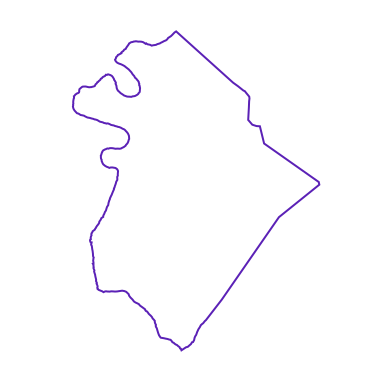 outline of Almondale, Castries, Saint Lucia, rotated 185°
{"feature_id": "8701671B18648215649765", "entity_name": "Almondale", "entity_type": "district", "adm_level": 2, "iso_a3": "LCA", "parent_name": "Saint Lucia", "parent_adm1": "Castries", "projection": "orthographic", "projection_center": [-60.96, 14.019], "detail": "fine", "context": "isolated", "style": "outline", "palette": "violet", "viewbox_px": 384, "rotation_deg": 185, "n_neighbors": 0, "source": "geoboundaries", "source_scale": "gbopen_adm2", "svg_char_len": 6055}
<svg xmlns="http://www.w3.org/2000/svg" viewBox="0 0 384 384"><g transform="rotate(185 192 192)"><path d="M167.0,65.5L153.0,87.3L103.2,174.5L65.8,210.4L66.6,213.0L124.4,246.6L130.1,263.4L133.5,263.3L137.8,264.3L142.3,268.7L142.7,281.0L143.0,287.4L142.9,290.1L143.3,292.0L147.2,296.0L148.1,297.0L149.7,297.6L152.1,299.2L155.4,301.4L160.6,304.5L221.8,350.6L223.3,349.4L224.5,347.9L225.1,347.1L226.6,345.4L228.5,343.9L229.1,343.5L230.1,341.8L231.3,340.7L232.8,340.0L234.6,338.8L236.3,337.8L237.0,337.2L239.4,336.3L240.6,335.5L242.1,335.1L243.5,334.8L244.9,334.3L246.6,335.0L249.3,335.3L250.6,336.1L251.1,335.6L253.3,336.8L254.1,337.1L255.4,337.3L257.2,337.3L258.6,337.1L261.0,337.3L262.0,337.0L262.9,336.9L264.2,336.3L265.3,336.0L265.7,335.9L267.7,334.4L267.8,333.8L270.0,330.1L270.5,328.8L271.9,327.9L272.8,326.4L273.6,325.8L274.6,324.7L274.4,324.1L275.5,323.4L276.7,322.6L277.7,322.1L278.1,321.2L279.4,319.6L279.5,318.4L279.9,317.6L280.2,317.1L279.8,316.2L278.7,315.0L277.6,314.2L276.0,313.6L275.3,313.4L274.3,313.2L272.3,312.5L271.2,312.0L270.2,311.6L269.4,311.0L265.7,308.6L264.2,307.2L263.6,306.7L262.7,305.8L261.5,304.2L260.8,303.5L259.7,302.5L258.7,300.9L257.5,300.1L256.9,299.5L256.4,298.9L255.4,298.0L254.9,297.3L254.6,296.9L254.5,296.2L253.9,295.1L254.0,294.0L253.3,293.0L253.2,292.2L252.8,291.0L252.8,289.1L252.8,287.2L253.1,286.6L253.9,285.7L254.1,285.0L254.9,284.2L256.9,282.8L258.3,282.3L259.2,282.2L260.8,281.5L262.3,281.5L264.9,281.4L266.9,281.9L268.3,282.3L268.8,282.7L269.8,283.2L270.8,283.8L271.7,284.2L272.7,285.1L274.7,286.6L275.6,288.0L276.0,288.8L276.3,290.0L276.6,291.4L277.0,292.1L277.6,293.2L277.3,294.0L277.7,294.8L278.9,296.5L279.4,297.0L279.6,297.8L280.9,299.6L281.9,300.6L282.4,300.9L283.6,301.4L285.9,301.9L287.0,301.2L288.0,301.3L288.8,300.0L290.5,299.0L291.1,298.5L291.8,297.4L292.7,296.9L293.2,295.7L294.7,294.2L295.2,293.4L295.8,293.2L296.4,291.9L297.4,290.9L297.6,290.4L298.2,289.0L299.9,288.3L300.8,288.0L301.5,287.7L302.4,287.6L303.4,287.4L304.1,287.4L307.0,287.8L309.1,287.6L310.2,287.4L310.9,286.9L312.1,285.7L313.1,284.6L313.2,283.3L313.1,282.4L313.2,281.7L313.3,281.3L313.9,280.8L314.5,280.4L314.9,280.3L315.4,280.0L315.9,279.5L316.6,279.0L317.6,277.4L318.0,277.1L317.7,275.4L318.0,274.6L318.2,272.2L318.1,270.5L317.9,269.6L318.1,268.8L317.9,267.6L318.1,266.9L317.8,265.9L317.4,264.8L317.0,264.1L316.1,262.9L313.5,260.5L312.0,260.2L311.3,259.9L309.7,259.0L308.4,258.9L306.2,258.6L305.3,258.1L302.7,257.1L300.4,256.9L297.9,256.4L296.9,256.3L295.3,255.8L294.6,255.8L294.0,255.7L292.7,255.4L292.0,255.1L291.1,254.6L289.7,254.0L288.2,253.8L286.9,253.6L285.7,253.1L283.8,252.9L283.3,252.7L281.9,253.0L281.4,252.9L280.1,252.5L278.5,251.8L277.7,251.7L277.1,251.6L275.7,251.5L274.7,251.1L272.3,250.7L271.3,250.4L270.5,250.4L268.6,249.9L266.5,248.9L266.0,248.8L264.9,248.4L264.3,248.0L263.6,247.4L263.3,247.0L262.4,246.3L260.9,244.7L260.3,243.6L259.8,242.7L259.5,241.4L259.4,240.5L259.3,239.9L259.2,239.4L259.6,238.4L259.7,237.6L260.0,236.3L260.5,235.0L261.1,234.1L261.8,233.3L262.2,232.3L262.9,231.7L263.9,230.8L265.6,229.8L266.4,229.2L267.7,228.8L270.3,228.7L271.4,228.5L271.9,228.4L272.9,228.5L274.5,228.7L275.7,228.7L277.7,228.5L278.2,228.3L279.0,227.9L280.1,228.0L281.1,227.5L281.6,227.1L282.3,226.9L282.7,226.6L283.5,226.1L284.0,225.8L284.9,224.4L284.9,223.9L285.3,223.0L285.7,220.9L286.0,220.4L285.9,219.8L285.7,218.0L285.5,217.3L285.3,216.9L284.9,216.4L284.8,215.7L284.7,215.0L284.2,214.1L283.6,212.9L282.8,211.8L281.9,211.2L280.9,210.5L279.2,209.7L278.0,209.4L276.4,208.8L275.3,209.3L274.4,209.4L273.1,209.5L272.1,209.4L270.6,209.3L269.8,209.0L269.3,208.6L268.7,208.3L268.2,207.7L267.7,206.8L267.5,206.4L267.5,204.2L267.5,203.6L267.4,202.5L267.3,201.9L267.8,200.5L267.7,199.7L267.5,198.2L267.5,197.4L267.9,196.7L268.5,195.2L268.5,194.6L268.9,192.7L269.3,191.4L269.6,189.7L270.1,188.8L269.9,188.3L270.1,187.5L270.4,186.6L270.6,186.1L271.6,182.9L271.7,182.4L271.9,181.9L272.4,180.7L272.9,179.2L273.2,178.5L273.2,177.6L273.8,176.0L273.8,175.4L274.1,174.5L274.3,172.5L274.3,171.7L274.9,170.6L275.4,169.6L275.9,167.3L276.0,166.5L276.3,165.7L277.0,164.5L277.5,162.6L278.1,161.3L278.4,160.0L278.3,159.4L280.0,158.1L280.5,156.5L281.5,154.8L281.8,154.1L281.8,153.1L282.3,152.1L283.1,150.8L283.7,150.0L283.9,149.5L284.4,148.7L284.5,148.1L285.2,147.1L285.5,146.1L285.9,145.7L286.8,144.9L287.5,144.3L288.0,142.7L288.5,142.1L288.6,141.0L288.3,140.2L288.8,138.8L288.9,137.8L288.9,136.8L288.6,136.3L289.2,135.6L289.4,135.2L289.2,134.2L288.6,133.0L287.6,133.0L287.9,130.7L287.1,129.5L287.0,129.0L286.6,127.3L286.4,126.3L285.9,124.7L285.2,121.4L285.2,120.8L284.9,119.3L284.2,118.0L284.4,117.5L284.4,116.2L284.5,115.2L284.3,114.3L284.0,113.2L283.9,112.1L284.5,111.9L283.7,110.6L283.8,109.8L283.3,108.5L283.6,107.8L283.0,106.5L282.4,105.5L282.6,104.4L282.1,103.0L281.8,102.3L281.3,101.2L281.2,100.6L280.7,98.8L280.2,97.4L279.8,96.0L279.9,95.0L278.8,93.0L279.1,92.4L278.2,90.8L277.8,89.8L278.0,88.4L277.5,87.8L277.7,87.3L276.8,86.6L276.3,86.3L275.3,86.0L274.0,85.6L272.9,85.3L271.4,84.5L270.1,85.3L269.0,85.6L267.8,85.5L265.2,85.6L264.4,85.9L263.6,86.0L262.3,86.1L260.1,86.1L258.0,86.4L253.0,87.6L250.7,87.4L248.8,86.8L246.2,84.7L245.6,83.2L244.2,81.6L241.9,79.7L240.3,77.9L238.7,77.0L236.7,76.3L235.1,75.6L234.4,74.8L233.7,74.2L231.0,72.6L229.9,71.9L229.2,71.5L228.4,70.9L228.3,70.3L227.6,69.5L226.3,69.0L225.2,67.8L224.6,67.0L223.4,66.0L222.3,65.2L220.8,63.7L220.3,62.7L218.8,61.4L217.8,60.3L217.8,59.4L217.3,58.0L216.3,56.4L216.5,55.6L216.2,54.6L215.2,53.2L214.7,51.9L214.5,51.3L213.4,48.6L213.1,47.9L212.7,47.2L212.2,46.1L211.7,45.7L211.1,44.8L210.5,44.2L210.0,44.1L207.4,43.9L205.2,43.6L204.1,43.5L202.9,43.3L201.8,43.0L200.5,42.9L199.2,41.7L198.4,40.6L197.1,40.2L196.3,39.5L195.0,38.7L193.7,38.3L192.4,37.3L190.9,36.4L190.2,35.1L189.4,34.9L188.7,33.4L187.8,34.1L184.4,36.8L182.7,37.4L181.1,39.1L179.8,40.4L178.9,42.3L177.9,42.6L177.0,44.6L176.7,47.1L176.1,48.8L175.4,50.0L174.6,53.2L174.2,54.2L173.7,55.7L172.4,58.1L171.6,60.1L170.5,61.3L169.4,62.3L168.0,64.5L167.0,65.5Z" fill="none" stroke="#5b21b6" stroke-width="2"/></g></svg>